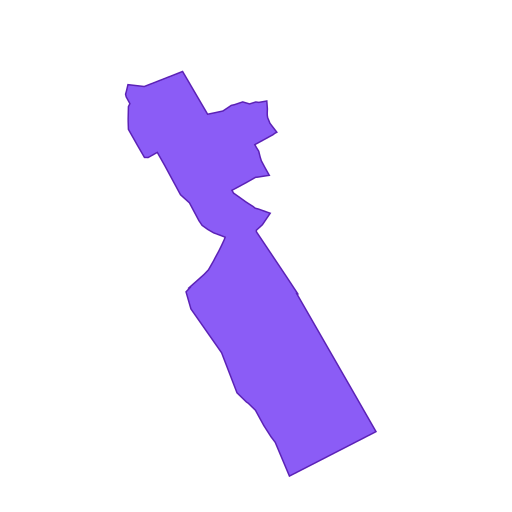 New Cairo-1, Al Qahirah, Egypt (orthographic projection), rotated 62°
{"feature_id": "37247803B99181648743437", "entity_name": "New Cairo-1", "entity_type": "district", "adm_level": 2, "iso_a3": "EGY", "parent_name": "Egypt", "parent_adm1": "Al Qahirah", "projection": "orthographic", "projection_center": [31.499, 30.025], "detail": "fine", "context": "isolated", "style": "filled", "palette": "violet", "viewbox_px": 512, "rotation_deg": 62, "n_neighbors": 0, "source": "geoboundaries", "source_scale": "gbopen_adm2", "svg_char_len": 1441}
<svg xmlns="http://www.w3.org/2000/svg" viewBox="0 0 512 512"><g transform="rotate(62 256 256)"><path d="M44.6,288.6L49.7,293.1L51.9,295.2L54.6,295.9L62.3,295.8L64.2,298.5L74.9,304.5L77.4,305.8L84.3,309.2L103.0,308.7L116.6,308.2L118.4,305.0L118.2,296.4L118.2,294.5L133.4,294.1L166.5,293.9L177.8,289.8L198.0,289.8L203.7,289.2L209.9,286.1L215.7,282.5L222.1,276.8L224.9,274.4L226.7,276.4L230.2,281.0L234.1,286.4L238.6,293.2L240.3,295.6L245.9,304.5L247.9,310.5L252.6,329.9L253.0,329.3L254.8,334.6L272.2,338.3L325.3,331.8L367.9,337.0L380.4,333.0L382.3,332.0L391.9,328.9L401.6,328.8L409.3,328.7L422.8,327.6L429.6,326.5L466.0,329.8L467.4,232.5L414.4,234.2L309.1,237.7L308.3,237.7L308.8,236.9L288.7,238.8L236.5,244.1L234.8,244.3L233.4,243.6L231.4,235.7L224.9,223.4L223.6,224.6L215.7,231.8L213.4,234.3L210.8,235.4L205.9,238.2L203.0,239.8L198.1,242.2L190.1,246.2L190.1,246.3L186.7,246.4L186.6,229.5L186.3,219.4L187.1,217.6L189.9,209.5L191.0,206.4L181.8,206.6L174.4,206.6L170.7,205.9L164.7,204.4L160.7,204.7L157.1,204.8L156.9,186.4L156.9,184.2L156.5,181.8L156.5,179.5L149.5,180.7L145.3,181.4L142.8,181.1L139.4,180.8L137.1,180.0L136.5,179.7L135.1,179.0L131.5,176.9L124.2,173.7L121.7,181.4L119.9,183.9L118.7,190.3L113.7,195.4L112.3,203.9L111.4,207.2L111.5,207.8L112.4,216.8L112.4,217.2L112.4,217.3L110.1,225.4L109.1,228.8L108.1,232.2L107.3,232.2L58.6,234.2L54.7,268.1L53.9,275.1L44.6,288.6Z" fill="#8b5cf6" stroke="#5b21b6" stroke-width="1.5"/></g></svg>